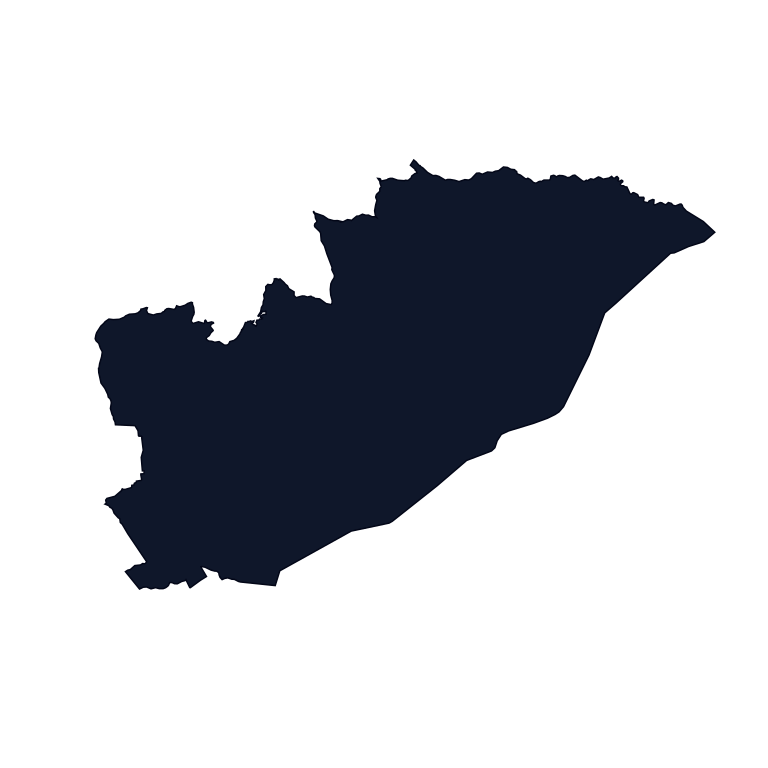 Budesti, Vâlcea, Romania (Albers equal-area conic projection), rotated 192°
{"feature_id": "2599482B58071086432896", "entity_name": "Budesti", "entity_type": "district", "adm_level": 2, "iso_a3": "ROU", "parent_name": "Romania", "parent_adm1": "Vâlcea", "projection": "albers", "projection_center": [24.395, 45.044], "detail": "fine", "context": "isolated", "style": "filled", "palette": "ink", "viewbox_px": 768, "rotation_deg": 192, "n_neighbors": 0, "source": "geoboundaries", "source_scale": "gbopen_adm2", "svg_char_len": 6170}
<svg xmlns="http://www.w3.org/2000/svg" viewBox="0 0 768 768"><g transform="rotate(192 384 384)"><path d="M308.3,621.5L312.3,621.1L316.2,616.5L319.4,615.3L321.8,613.5L326.8,612.9L331.5,609.6L334.7,610.2L337.3,609.4L341.1,603.2L342.1,602.2L343.7,601.1L347.4,600.7L352.7,597.6L357.1,598.0L361.9,597.8L364.3,597.3L366.3,596.1L373.4,598.5L376.6,598.8L379.5,598.0L385.4,600.0L390.8,603.4L393.5,604.4L394.1,605.1L395.2,605.1L398.9,608.0L401.5,609.3L403.7,603.5L397.8,600.3L398.0,599.8L396.8,599.1L395.5,597.3L397.5,596.2L400.1,593.2L400.3,591.3L402.7,588.1L405.6,587.7L406.2,587.1L412.9,586.2L418.5,586.9L420.8,586.4L422.8,585.3L423.3,584.5L429.0,581.9L430.0,583.6L430.7,584.0L432.8,583.8L430.2,581.4L429.6,579.5L427.9,576.8L427.8,576.1L428.7,574.4L428.2,571.6L430.7,567.9L431.0,565.9L430.8,564.6L429.1,562.2L429.4,557.6L429.2,551.5L427.5,547.1L425.9,545.4L427.3,545.8L430.5,545.1L434.3,546.0L436.9,545.3L440.4,545.6L443.5,543.1L445.6,542.5L450.0,537.0L450.7,537.4L453.9,537.2L457.4,534.4L459.6,533.6L459.3,534.1L463.1,534.2L467.2,533.3L472.9,533.6L478.3,535.8L487.3,536.9L489.0,538.5L488.5,537.1L486.6,535.3L485.6,532.1L483.4,529.2L483.7,528.1L485.0,526.2L484.9,524.3L484.1,523.2L478.5,519.7L477.3,518.2L475.2,511.1L471.0,506.7L466.9,499.4L459.0,487.2L458.8,485.0L458.4,484.4L455.3,480.4L454.9,479.0L454.9,477.3L456.1,474.2L456.8,471.0L456.2,465.3L454.6,459.9L452.1,455.0L451.6,452.4L452.1,450.7L457.3,450.6L464.7,453.9L469.5,453.3L470.6,454.0L472.5,454.1L473.7,454.7L477.1,453.1L480.2,453.5L482.3,453.1L488.0,450.2L490.4,451.9L491.1,455.4L497.0,457.5L498.9,460.0L501.2,461.1L502.9,462.5L507.6,465.2L508.6,463.9L509.7,464.7L510.6,463.9L511.4,464.7L513.2,464.0L512.9,462.8L513.2,460.3L514.2,458.0L516.1,457.3L518.3,457.3L519.9,454.7L519.0,450.9L520.3,446.5L518.8,442.5L519.2,439.4L518.8,436.3L519.8,433.4L519.7,428.9L521.4,424.4L520.7,424.2L519.7,426.3L518.6,427.7L518.3,428.6L518.7,430.5L518.3,429.8L517.1,429.7L515.8,430.0L514.9,430.7L514.5,430.2L513.9,427.6L516.4,426.9L519.1,424.6L518.5,423.5L516.6,423.3L517.0,422.2L519.2,421.6L519.9,420.3L521.5,420.1L522.0,417.6L520.5,416.4L521.1,413.8L521.7,413.8L522.6,414.8L524.2,414.8L526.0,415.8L525.2,416.1L524.4,417.6L524.4,418.8L526.0,417.8L527.9,417.9L528.7,417.1L530.1,416.9L530.2,416.3L531.1,415.6L532.3,415.3L533.2,409.9L533.8,409.1L533.4,408.3L534.4,407.7L534.1,407.3L534.6,406.7L534.4,405.9L535.1,404.7L535.3,403.1L537.5,398.2L539.7,395.5L543.6,393.4L544.2,390.9L545.4,389.5L548.1,388.8L554.1,391.2L558.2,389.6L561.3,390.0L564.5,389.6L566.9,390.7L567.3,391.5L567.2,392.6L565.0,395.1L564.0,398.1L562.2,400.7L562.6,401.4L565.4,403.6L565.8,404.6L565.5,406.4L563.4,408.1L563.7,408.7L565.6,408.9L569.1,407.2L570.3,407.6L571.5,409.1L572.0,409.3L572.4,408.8L572.3,406.2L572.7,405.8L578.4,406.3L583.2,403.6L583.9,403.8L585.3,404.9L585.7,405.9L585.2,410.3L584.5,412.6L584.6,414.7L586.2,419.4L588.0,422.3L588.3,423.7L589.6,423.9L592.7,422.0L594.8,419.8L599.0,417.4L600.5,417.0L603.1,417.4L603.6,414.7L604.7,413.3L610.2,413.1L612.0,412.5L613.7,410.5L613.9,409.3L615.3,408.5L616.5,406.8L620.9,405.3L624.0,403.5L629.6,403.8L631.6,406.4L631.3,409.4L632.3,409.4L635.5,407.4L637.3,406.7L637.3,405.3L639.5,402.4L642.0,400.9L647.6,399.3L650.9,396.9L651.9,395.4L656.3,392.3L662.2,390.7L666.6,390.3L669.7,387.0L670.8,384.9L673.0,381.8L675.7,374.6L676.0,372.1L675.9,368.2L674.6,366.4L671.4,364.4L669.1,360.4L666.2,356.9L665.9,351.8L666.4,344.8L666.1,340.5L666.5,340.1L665.4,335.9L661.0,326.1L656.1,321.7L652.1,316.5L650.9,313.8L649.0,312.7L647.6,310.9L646.8,308.8L646.5,303.1L643.5,297.5L642.0,296.0L641.3,293.6L639.2,291.0L638.2,288.3L618.9,291.5L614.9,287.2L613.4,282.4L612.8,282.0L610.4,282.5L609.8,282.0L609.8,281.0L605.7,269.1L606.2,261.8L602.3,248.8L600.5,249.2L600.1,246.3L603.1,245.5L602.9,244.4L601.1,239.9L601.5,239.2L606.0,237.5L605.9,236.1L607.5,235.1L607.7,233.1L609.6,232.5L609.4,230.2L615.2,227.1L617.3,226.7L618.2,227.0L618.5,226.5L618.4,225.5L623.9,218.2L631.2,214.5L632.1,212.6L630.8,209.6L631.9,208.5L627.9,207.8L626.4,206.4L624.6,206.0L623.1,204.7L621.1,201.5L616.0,197.8L614.5,197.4L613.1,193.7L610.9,192.4L603.4,184.2L579.2,160.8L580.0,159.0L580.7,158.4L582.8,158.2L584.5,156.4L590.0,154.6L593.5,149.8L596.0,148.6L597.9,146.7L580.5,132.6L577.2,135.2L574.0,136.1L569.3,135.2L565.1,137.3L561.2,137.1L557.5,137.9L555.3,139.3L553.5,141.3L552.9,142.5L552.4,145.2L550.1,145.7L547.4,145.1L544.6,145.6L540.8,148.8L537.8,150.3L537.1,151.5L531.7,144.5L531.1,144.5L522.7,153.9L517.6,158.8L524.6,166.4L525.1,167.3L524.7,167.5L520.9,167.6L514.4,166.0L510.2,165.8L509.4,166.3L507.2,165.5L506.3,164.9L505.6,163.0L504.2,160.8L501.7,159.0L499.4,160.7L496.5,161.9L492.3,161.4L489.7,161.8L485.3,160.6L483.3,160.5L448.5,164.2L447.1,179.6L385.5,233.3L350.1,249.0L347.4,251.4L310.9,295.5L287.3,326.4L264.9,340.9L262.3,344.7L261.5,352.0L258.8,359.1L252.4,364.0L229.6,376.6L217.0,384.5L210.4,389.7L207.0,393.1L203.7,399.1L189.5,455.0L182.9,499.4L174.0,511.2L130.9,571.5L127.4,572.6L114.7,581.8L100.7,589.8L92.0,601.2L105.4,609.3L124.2,616.0L128.3,618.9L129.5,620.9L130.8,621.8L131.9,621.5L135.9,618.8L138.4,618.9L140.5,620.4L143.6,620.6L145.5,617.9L147.9,618.2L149.9,619.0L151.6,618.9L156.3,615.4L157.0,615.5L157.7,616.4L158.1,620.2L159.4,620.4L162.7,618.2L163.2,616.7L163.8,616.2L167.3,616.2L168.2,616.9L168.2,619.8L168.9,620.6L173.0,619.7L173.8,619.9L175.3,622.0L179.5,623.1L180.4,622.8L181.3,621.4L182.3,621.0L183.1,621.5L187.4,627.2L189.2,627.0L190.9,627.7L193.0,627.3L193.9,627.8L194.4,628.6L194.2,629.3L192.5,631.5L192.8,632.4L194.0,632.8L195.9,631.3L197.2,631.4L197.7,631.8L197.2,633.0L197.4,634.1L199.2,635.4L199.9,635.0L200.9,633.5L201.6,633.2L202.9,633.2L204.5,634.4L206.6,632.3L212.3,629.9L215.3,630.9L217.4,631.1L221.3,627.6L224.4,627.7L226.0,626.4L226.6,625.3L228.5,625.4L230.1,623.8L231.8,623.8L240.7,628.0L242.6,627.3L245.4,624.7L247.7,624.0L249.9,624.7L252.5,624.9L255.9,624.4L257.3,623.6L258.6,622.4L260.3,623.3L261.6,623.4L264.0,622.1L263.9,619.0L264.5,617.9L270.0,616.7L272.2,614.7L273.4,614.8L274.7,614.1L277.0,612.0L279.6,612.1L283.2,614.3L286.1,615.2L287.1,614.2L288.6,614.2L293.9,616.7L297.5,617.3L298.5,619.5L299.9,619.9L300.8,620.8L304.6,620.4L308.3,621.5Z" fill="#0f172a" stroke="#020617" stroke-width="1.5"/></g></svg>